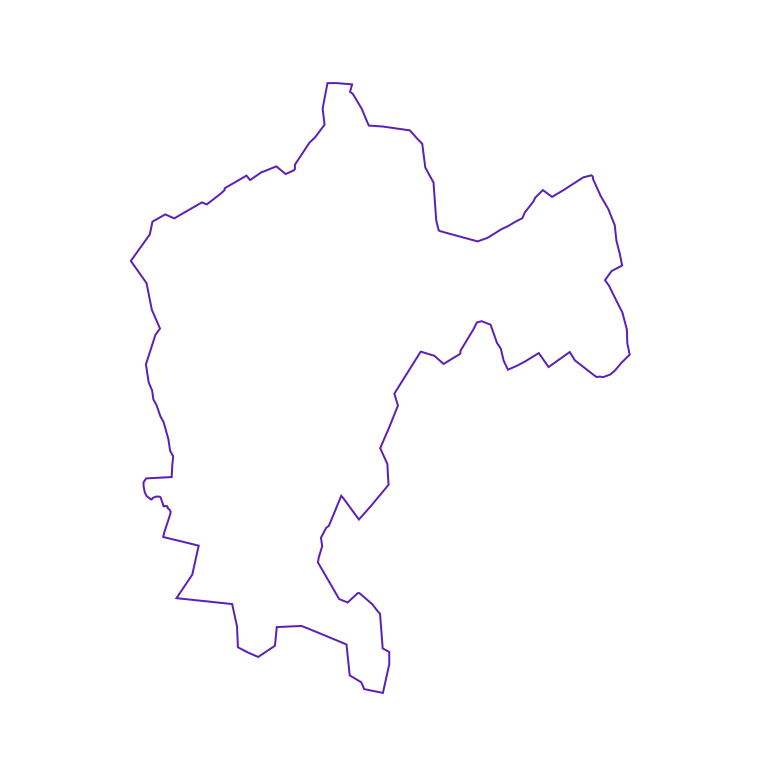 the district of Jama'Are, Bauchi, Nigeria, rotated 352°
{"feature_id": "59680162B54185205976265", "entity_name": "Jama'Are", "entity_type": "district", "adm_level": 2, "iso_a3": "NGA", "parent_name": "Nigeria", "parent_adm1": "Bauchi", "projection": "equal_earth", "projection_center": [9.925, 11.651], "detail": "fine", "context": "isolated", "style": "outline", "palette": "violet", "viewbox_px": 768, "rotation_deg": 352, "n_neighbors": 0, "source": "geoboundaries", "source_scale": "gbopen_adm2", "svg_char_len": 2716}
<svg xmlns="http://www.w3.org/2000/svg" viewBox="0 0 768 768"><g transform="rotate(352 384 384)"><path d="M636.3,299.8L635.6,287.8L634.1,274.3L634.6,258.9L630.5,242.1L624.7,227.9L619.6,210.3L619.6,207.6L618.4,206.2L610.2,207.1L597.5,212.9L589.1,216.8L576.5,222.1L568.3,214.1L559.7,220.5L557.5,223.9L547.7,233.4L547.3,233.8L544.1,239.0L536.4,241.7L531.7,243.7L528.8,244.9L522.2,246.9L506.8,253.7L496.5,255.8L460.5,240.3L459.5,239.3L458.5,229.3L458.7,226.2L460.8,195.1L461.1,191.5L455.0,175.4L455.3,151.4L451.2,145.9L445.0,136.5L418.4,128.8L405.0,126.0L404.4,124.2L403.5,120.9L400.3,108.5L393.4,92.2L391.0,90.0L394.1,82.9L392.6,82.5L378.3,79.3L369.9,78.2L361.6,102.6L361.2,119.0L349.8,130.4L344.0,134.4L326.3,154.4L325.7,158.8L324.4,159.9L315.8,162.4L307.7,153.5L302.5,154.8L293.3,157.1L292.4,157.1L279.8,163.4L276.8,158.5L253.5,168.0L253.1,169.8L248.3,173.1L233.4,181.5L229.0,178.8L199.3,190.8L191.0,185.6L177.3,191.0L172.9,203.3L150.4,226.9L162.9,251.1L162.9,251.3L164.4,278.1L169.9,297.9L164.5,303.5L151.0,331.4L151.0,334.7L151.2,349.6L151.8,351.9L153.5,358.4L153.5,367.3L155.8,373.2L158.1,385.0L160.4,390.9L162.8,408.6L162.9,420.4L165.2,426.3L163.0,435.2L160.8,446.6L135.3,444.4L132.2,447.9L131.7,451.6L132.0,457.7L133.3,461.9L137.3,466.0L138.1,465.9L139.1,464.6L140.5,464.3L142.8,463.7L143.7,464.0L144.8,464.1L146.2,464.4L146.9,465.0L147.1,465.8L147.8,469.4L148.2,471.0L148.4,471.8L148.5,473.1L148.5,473.9L148.8,474.5L149.4,474.6L149.8,474.3L150.2,474.3L150.7,474.4L151.1,474.6L151.7,474.6L152.3,475.0L152.6,475.4L152.5,476.0L152.5,476.8L154.2,478.7L154.9,480.9L154.4,482.7L150.5,490.8L150.0,491.7L145.6,500.7L144.1,504.8L178.0,518.3L167.6,546.1L148.7,567.2L203.0,580.8L204.7,603.7L202.7,624.4L211.8,630.9L221.4,636.8L239.6,628.0L244.0,609.8L268.5,612.1L274.1,615.2L310.6,636.7L309.5,667.8L320.0,676.2L321.9,683.4L339.9,689.8L350.2,662.3L351.9,650.2L345.9,645.6L348.1,610.9L346.3,608.4L341.7,600.4L330.6,587.7L328.9,587.4L317.6,595.3L309.7,590.8L293.9,551.9L293.8,551.3L295.2,546.8L300.2,536.1L300.2,527.4L306.8,518.3L309.6,516.9L326.1,488.8L327.8,491.4L340.3,514.7L354.4,502.7L374.5,484.4L375.1,476.3L376.2,463.7L371.3,447.0L378.4,435.4L383.1,427.7L394.8,407.3L392.9,395.0L424.8,357.1L425.1,357.1L437.8,363.1L445.8,372.4L463.7,364.7L464.4,361.7L475.6,347.9L480.2,342.3L484.5,336.0L489.4,335.4L497.8,340.1L501.6,359.1L504.6,365.3L505.7,377.4L508.7,387.1L519.0,384.2L523.8,382.4L526.6,381.4L541.6,374.9L549.3,390.1L572.4,378.2L576.3,387.1L591.2,402.5L595.4,406.7L598.6,406.7L602.1,407.7L609.4,406.1L614.5,402.8L622.2,396.0L631.4,389.1L630.6,377.5L631.4,370.2L632.1,363.7L630.9,354.0L630.0,346.3L626.0,334.7L620.5,318.0L617.3,311.9L625.1,303.8L636.3,299.8Z" fill="none" stroke="#5b21b6" stroke-width="2"/></g></svg>